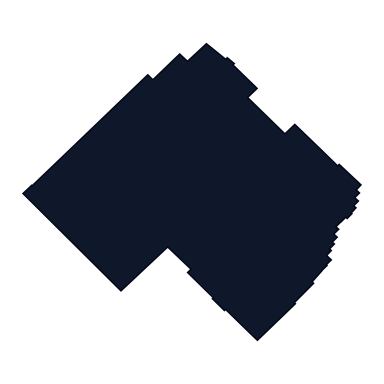 Olavarría, Buenos Aires, Argentina
{"feature_id": "61730980B42812082725449", "entity_name": "Olavarría", "entity_type": "district", "adm_level": 2, "iso_a3": "ARG", "parent_name": "Argentina", "parent_adm1": "Buenos Aires", "projection": "robinson", "projection_center": [-60.4, -36.859], "detail": "fine", "context": "isolated", "style": "filled", "palette": "ink", "viewbox_px": 384, "rotation_deg": 0, "n_neighbors": 0, "source": "geoboundaries", "source_scale": "gbopen_adm2", "svg_char_len": 884}
<svg xmlns="http://www.w3.org/2000/svg" viewBox="0 0 384 384"><path d="M23.0,193.5L121.0,290.9L123.6,288.4L167.7,247.0L191.0,269.2L187.6,272.5L213.4,297.8L212.4,298.7L224.4,310.5L225.6,309.4L249.5,332.7L257.4,340.3L295.4,303.7L294.3,302.7L313.6,283.3L312.1,281.8L321.9,270.8L322.1,270.3L327.1,265.4L326.4,264.6L331.3,259.9L326.6,255.5L331.3,250.5L329.5,248.9L334.4,244.0L332.3,242.1L337.2,237.2L333.8,234.1L338.7,229.2L336.3,227.2L336.4,226.3L340.8,221.9L341.0,222.0L345.8,217.2L347.2,218.5L351.9,213.7L351.1,213.1L356.0,207.8L353.7,205.8L358.4,201.0L354.7,197.7L359.5,193.0L356.3,189.9L361.0,184.9L339.2,164.4L337.7,166.0L323.1,151.7L294.8,124.4L284.9,133.9L247.6,97.5L257.1,88.4L232.9,64.9L234.3,63.6L227.2,57.7L225.8,59.4L206.4,43.7L187.5,61.3L179.7,54.0L152.9,79.8L147.8,74.8L62.9,156.3L32.2,185.7L31.7,185.3L23.0,193.5Z" fill="#0f172a" stroke="#020617" stroke-width="1.5"/></svg>